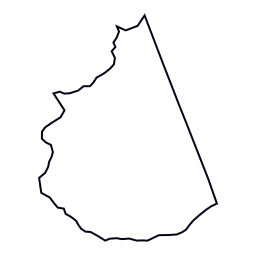 Jucati, Pernambuco, Brazil
{"feature_id": "56859067B55916108667940", "entity_name": "Jucati", "entity_type": "district", "adm_level": 2, "iso_a3": "BRA", "parent_name": "Brazil", "parent_adm1": "Pernambuco", "projection": "orthographic", "projection_center": [-36.472, -8.73], "detail": "fine", "context": "isolated", "style": "outline", "palette": "ink", "viewbox_px": 256, "rotation_deg": 0, "n_neighbors": 0, "source": "geoboundaries", "source_scale": "gbopen_adm2", "svg_char_len": 988}
<svg xmlns="http://www.w3.org/2000/svg" viewBox="0 0 256 256"><path d="M85.3,231.6L90.6,232.0L98.2,236.2L105.2,240.6L109.8,238.7L116.8,238.2L121.7,239.1L129.4,238.6L136.7,240.6L141.6,240.4L147.6,240.6L158.8,235.2L168.9,235.0L176.6,234.5L182.0,232.3L186.0,229.7L189.7,224.7L193.3,220.5L199.2,215.3L206.0,209.8L211.2,206.3L216.9,203.6L208.4,179.3L186.5,123.5L182.9,114.4L179.5,106.1L176.2,97.5L163.6,65.1L144.6,15.4L137.6,25.9L125.7,30.4L116.9,26.4L119.0,31.6L116.8,37.4L113.4,42.6L115.4,47.0L111.7,51.2L114.9,58.0L113.9,64.4L110.1,68.6L105.2,72.5L101.1,75.1L96.5,77.6L93.8,82.0L90.0,86.2L83.6,86.2L78.1,90.6L69.6,93.3L64.2,93.6L59.9,91.7L53.5,93.4L64.5,110.3L60.6,117.2L50.7,123.5L45.1,127.4L42.0,131.6L41.9,138.7L45.8,142.4L50.9,144.9L52.9,152.1L51.6,156.8L49.2,161.7L48.1,167.1L45.1,172.9L39.1,177.9L40.3,186.2L41.3,192.9L49.8,197.5L53.6,202.6L57.7,207.6L63.8,208.6L65.7,213.9L70.6,216.6L76.1,220.8L78.4,224.9L81.0,228.6L85.3,231.6Z" fill="none" stroke="#020617" stroke-width="2"/></svg>